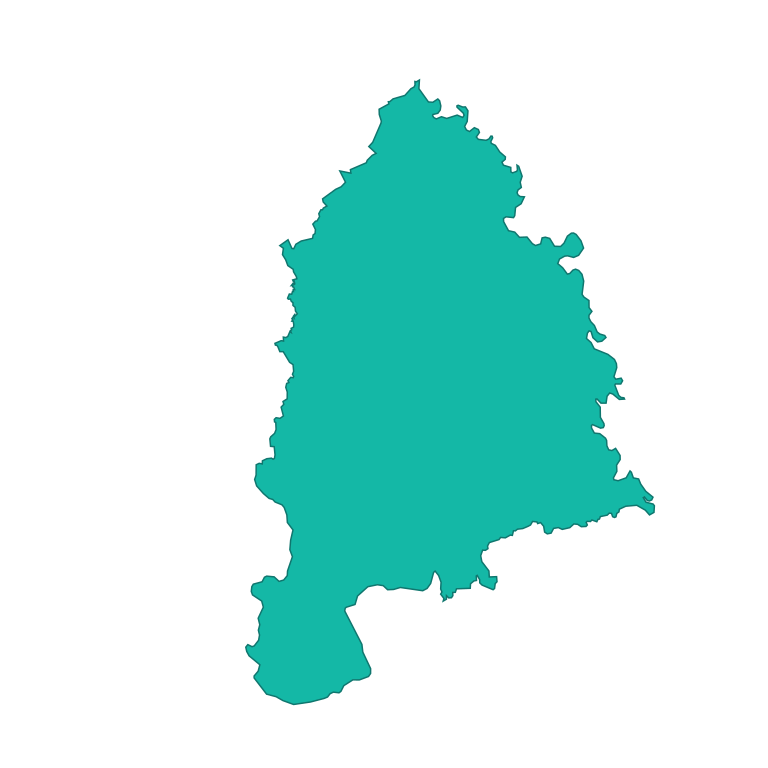 Wiang Sa, Surat Thani, Thailand, rotated 156°
{"feature_id": "78962969B32749980960035", "entity_name": "Wiang Sa", "entity_type": "district", "adm_level": 2, "iso_a3": "THA", "parent_name": "Thailand", "parent_adm1": "Surat Thani", "projection": "natural_earth1", "projection_center": [99.354, 8.589], "detail": "fine", "context": "isolated", "style": "filled", "palette": "teal", "viewbox_px": 768, "rotation_deg": 156, "n_neighbors": 0, "source": "geoboundaries", "source_scale": "gbopen_adm2", "svg_char_len": 6171}
<svg xmlns="http://www.w3.org/2000/svg" viewBox="0 0 768 768"><g transform="rotate(156 384 384)"><path d="M194.7,156.4L189.6,156.9L186.5,162.8L187.0,164.9L192.7,169.4L193.4,174.7L192.0,174.9L190.9,170.6L189.2,169.2L186.6,169.2L184.3,171.2L188.5,179.5L190.2,188.2L190.0,193.7L194.4,196.8L193.9,202.8L194.6,204.5L200.9,199.8L209.5,200.4L213.0,203.1L212.5,205.0L206.8,209.5L204.5,215.3L199.0,218.9L197.4,222.7L198.6,231.0L202.9,230.5L205.5,232.5L205.5,236.9L203.6,241.9L203.7,244.4L207.1,250.9L211.8,253.6L212.3,259.4L211.3,261.7L210.0,262.1L204.1,255.6L201.4,255.0L199.8,256.4L199.2,258.4L199.9,265.5L195.9,274.9L197.6,281.6L196.7,284.0L195.5,283.7L193.6,278.3L188.9,276.2L185.2,282.1L181.5,284.0L179.1,281.8L175.3,274.2L170.4,272.4L170.4,273.8L173.0,275.4L174.2,278.1L173.6,289.1L172.5,289.9L167.7,287.7L164.7,289.9L165.0,292.9L170.3,294.1L171.0,297.1L164.7,304.3L163.4,308.1L163.5,312.7L167.4,320.0L177.6,330.6L178.0,337.7L180.5,343.2L177.5,347.7L175.0,349.1L173.5,347.8L174.3,341.3L171.8,335.6L167.6,334.5L162.3,336.2L162.6,338.5L166.5,341.9L168.1,344.9L168.0,351.9L169.7,356.8L169.9,360.9L168.8,363.4L164.5,365.8L165.6,370.4L162.8,376.9L166.0,382.1L166.6,385.3L159.7,396.8L158.5,403.7L159.9,408.5L162.3,411.0L165.1,411.2L169.3,409.4L171.8,409.8L173.5,417.5L176.3,423.3L172.8,426.8L166.9,427.3L164.1,426.4L159.3,422.5L153.9,422.4L146.4,427.0L145.8,434.7L147.6,442.4L149.4,444.8L151.5,445.6L156.3,444.5L162.2,439.5L166.7,437.8L172.2,440.5L173.4,449.6L176.9,452.5L180.1,453.2L183.9,448.3L189.3,448.9L191.4,451.9L193.6,460.1L200.6,462.9L202.8,469.6L207.9,473.4L208.7,483.6L207.5,486.6L204.5,487.1L198.0,483.3L196.1,484.6L192.0,491.8L185.4,492.9L179.6,497.9L183.4,499.9L184.7,502.3L184.6,504.7L182.6,506.8L178.6,507.7L177.5,512.9L173.3,517.6L172.4,528.1L173.5,529.8L175.0,525.4L176.3,524.3L180.7,524.6L181.8,526.2L180.1,530.3L185.9,535.3L186.0,538.7L181.9,539.9L180.7,542.1L183.9,548.9L185.2,556.7L188.1,560.2L187.8,562.0L184.6,564.7L184.4,566.4L185.5,567.0L188.4,565.2L191.6,565.1L198.3,569.1L199.2,572.1L194.5,575.0L194.3,578.1L197.2,581.4L203.2,579.9L205.4,582.5L205.6,586.5L201.2,590.0L196.2,599.4L196.9,604.0L199.4,605.0L202.9,608.5L204.3,608.4L204.7,607.2L201.4,599.2L201.5,596.9L203.7,595.5L207.8,599.9L218.7,601.1L222.8,604.8L228.4,604.9L230.1,607.1L230.5,609.2L229.7,610.3L224.7,609.4L221.2,611.4L219.0,614.9L218.0,620.1L218.9,622.5L224.8,621.5L228.7,623.6L232.0,639.6L228.0,647.3L231.5,646.9L232.7,647.8L234.0,644.6L235.7,643.1L239.3,642.8L247.6,639.1L259.7,640.8L263.8,639.6L265.2,640.1L265.6,637.9L276.7,637.0L278.7,632.1L279.5,625.3L280.6,623.6L296.0,609.4L301.3,607.1L297.4,597.9L301.7,597.7L308.3,595.2L310.2,593.3L327.5,593.5L328.5,590.1L337.7,596.6L337.1,584.0L342.9,581.6L349.0,581.5L364.8,578.1L365.5,575.0L363.8,569.8L367.8,569.4L369.3,568.2L370.8,568.8L374.3,566.1L374.8,563.1L378.8,560.2L380.4,560.6L384.0,559.0L383.8,553.0L385.8,549.5L388.1,549.0L390.0,546.1L401.5,548.3L407.7,547.5L411.4,544.3L413.0,545.3L413.0,554.8L422.9,552.8L420.7,548.9L424.1,543.5L423.3,537.5L423.7,531.3L420.3,525.7L421.0,523.3L420.4,517.8L420.8,515.6L425.1,516.2L425.1,514.7L424.2,514.7L424.8,511.7L425.5,511.5L426.0,513.0L428.7,511.6L427.2,511.1L427.9,509.9L427.1,509.2L427.2,506.6L428.5,507.2L429.1,505.3L429.9,505.8L431.8,503.6L433.9,504.7L437.2,501.6L436.9,500.4L434.9,499.6L435.1,497.3L434.1,495.3L435.2,492.8L434.0,490.2L435.2,486.7L434.6,483.4L437.9,482.2L437.4,483.7L439.1,482.8L439.4,481.0L439.9,482.1L441.6,481.1L441.2,479.9L442.6,478.9L441.4,478.3L442.3,474.8L443.5,472.7L446.2,472.6L446.3,471.1L447.8,470.8L447.9,468.9L448.7,470.1L452.5,466.6L454.7,466.3L456.9,467.8L458.3,464.1L460.3,465.4L467.1,465.5L467.4,463.7L466.1,462.9L465.8,461.0L466.0,455.9L462.9,454.5L461.4,442.2L459.2,438.7L461.4,432.3L463.7,430.1L463.4,427.7L464.4,426.7L466.5,428.0L470.4,426.1L470.3,424.0L472.7,424.1L475.1,420.9L475.6,416.1L478.5,409.8L483.4,409.1L483.8,406.2L487.4,404.7L488.9,395.7L493.0,394.9L496.3,397.1L498.6,396.3L499.4,393.9L498.5,392.9L501.1,386.3L504.0,383.4L509.0,381.8L510.6,380.3L513.0,373.2L509.8,371.4L512.4,363.5L514.4,360.6L515.9,360.4L516.9,362.0L521.4,363.4L526.3,363.3L527.7,360.5L530.3,362.3L533.6,362.2L537.9,352.8L541.0,349.4L541.8,342.7L538.7,332.9L535.5,326.2L532.6,323.8L531.5,320.5L526.4,315.2L525.4,311.8L526.0,303.9L528.6,296.8L526.5,287.7L532.8,279.3L537.4,270.9L537.9,263.5L548.2,252.4L550.3,248.3L555.4,245.7L560.2,246.4L562.8,252.5L569.3,256.2L571.8,256.1L575.8,252.9L584.8,254.3L587.2,252.6L589.6,248.5L589.9,244.8L584.0,235.5L585.0,229.2L594.2,221.2L595.4,214.6L598.9,210.2L599.8,205.3L602.8,200.9L609.1,197.5L611.4,197.7L614.4,201.3L617.3,199.8L618.2,195.5L617.8,190.5L611.6,178.0L615.8,172.8L621.4,170.1L622.2,168.3L617.4,148.4L609.7,142.2L605.1,135.9L596.9,128.0L580.5,123.4L566.5,121.1L562.9,121.0L559.2,123.0L555.6,123.1L550.7,120.2L548.4,120.7L543.4,124.8L532.8,126.4L526.9,123.7L517.1,123.1L514.0,125.0L512.0,129.4L512.4,147.7L510.1,155.1L512.2,192.6L510.6,195.0L509.2,195.4L500.1,194.4L494.4,201.1L481.2,205.4L471.7,203.3L466.7,200.1L464.4,194.6L458.8,192.4L451.9,191.5L432.7,179.4L427.8,179.7L422.5,182.8L415.3,191.7L413.4,192.3L412.0,186.8L412.5,179.7L415.6,173.7L415.7,170.4L417.7,169.0L416.5,163.7L418.2,161.6L414.5,162.0L413.0,165.2L411.9,162.3L409.3,161.3L407.2,162.6L406.0,165.6L403.6,164.7L401.1,167.4L388.3,162.3L386.2,166.3L381.9,167.5L379.4,166.9L377.8,171.1L376.7,171.3L376.2,166.3L377.4,163.4L376.2,160.4L368.0,151.7L366.2,152.2L363.6,156.4L361.2,157.4L359.5,162.2L366.3,164.9L364.2,170.5L366.9,181.9L365.5,187.8L361.5,192.1L359.0,190.8L356.0,191.3L355.3,193.9L352.2,196.3L342.2,195.1L339.9,196.4L335.7,194.1L330.1,194.6L328.3,193.5L325.4,197.3L323.7,196.4L321.2,197.1L316.0,195.5L310.3,195.4L307.5,195.6L304.2,198.0L300.4,195.8L300.4,194.0L297.3,193.7L296.0,189.1L297.5,183.4L295.8,180.7L292.0,179.8L287.8,183.1L283.1,181.9L280.3,178.7L272.7,177.2L267.5,178.9L264.2,177.1L261.8,173.4L257.4,171.7L255.6,172.5L255.6,175.4L254.3,175.9L251.3,174.4L249.4,175.2L245.6,171.6L243.6,173.3L242.1,173.0L240.3,174.9L233.4,173.4L230.8,174.4L228.8,173.3L229.1,169.8L227.7,168.3L226.1,168.3L224.0,171.1L221.4,171.6L219.9,173.9L212.8,174.0L202.4,170.4L196.6,162.5L194.7,156.4Z" fill="#14b8a6" stroke="#0f766e" stroke-width="1.5"/></g></svg>